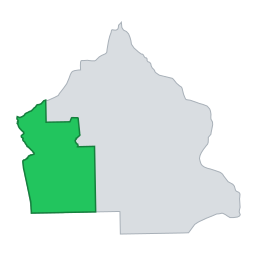 North-West highlighted on a map of Botswana, rotated 269°
{"feature_id": "BWA-2629", "entity_name": "North-West", "entity_type": "District", "adm_level": 1, "iso_a3": "BWA", "parent_name": "Botswana", "parent_adm1": "", "projection": "mercator", "projection_center": [23.629, -19.391], "detail": "fine", "context": "in_parent", "style": "filled", "palette": "green", "viewbox_px": 256, "rotation_deg": 269, "n_neighbors": 0, "source": "natural_earth", "source_scale": "10m", "svg_char_len": 5588}
<svg xmlns="http://www.w3.org/2000/svg" viewBox="0 0 256 256"><g transform="rotate(269 128 128)"><path d="M141.3,17.5L140.8,18.6L140.5,20.4L140.9,21.6L141.8,23.3L143.1,24.8L144.1,25.7L145.3,27.9L146.5,30.7L148.0,32.9L152.6,37.8L153.1,39.6L153.7,41.3L156.6,44.7L157.1,45.8L156.9,48.1L159.8,55.0L161.8,59.0L163.4,59.8L168.7,64.1L173.3,67.5L178.7,69.9L182.6,71.4L184.6,72.5L185.6,73.6L186.3,75.7L186.8,79.3L186.9,81.6L191.1,81.5L194.6,81.7L195.9,82.2L196.3,82.9L196.2,84.4L196.3,86.7L196.4,88.6L196.1,90.5L195.8,92.9L195.7,95.7L196.2,96.9L199.6,100.5L201.0,102.9L202.5,106.5L203.4,107.6L204.1,108.1L207.2,108.5L215.1,110.0L220.0,111.3L223.9,112.8L225.5,113.1L226.3,113.5L226.5,113.9L226.0,117.0L226.2,118.0L226.6,118.9L227.3,119.6L228.1,120.0L231.0,120.4L232.8,122.3L233.9,123.2L228.6,123.6L226.0,125.2L224.5,128.1L222.1,130.2L218.8,131.5L215.4,132.4L211.7,132.9L207.9,135.4L203.8,139.8L201.7,142.6L201.6,143.7L200.7,144.7L198.9,145.5L197.9,146.5L197.7,147.7L196.7,148.3L195.1,148.2L193.9,149.1L193.3,150.8L191.8,151.9L189.6,152.3L187.6,153.3L186.0,154.9L184.7,155.7L183.9,155.8L182.5,157.1L180.3,160.2L179.9,161.6L176.8,173.4L175.2,174.8L171.9,177.3L169.3,180.2L168.2,181.9L167.0,182.7L160.9,184.1L158.7,184.9L156.0,186.0L155.3,187.0L154.7,190.7L152.8,195.9L151.3,199.8L150.3,203.2L148.6,207.4L147.1,208.8L145.4,210.1L143.2,210.8L140.2,211.2L137.5,211.0L135.4,211.1L132.5,212.6L129.7,212.7L125.4,211.8L121.9,211.0L120.3,210.8L117.2,208.1L115.2,208.1L112.2,207.9L110.5,207.3L108.9,205.9L105.4,203.1L102.1,200.9L99.1,199.5L96.3,198.9L93.6,199.5L91.6,200.1L90.8,200.4L89.2,201.5L87.6,203.7L86.2,207.1L85.7,209.2L84.2,213.7L82.2,219.1L81.2,220.6L80.1,221.8L78.4,222.8L72.6,227.1L69.8,231.9L68.0,233.3L65.8,233.9L64.0,234.4L62.9,235.2L61.8,237.6L60.8,238.5L59.7,238.8L56.5,238.5L55.4,238.3L46.8,238.7L44.1,238.0L42.2,237.7L39.3,238.7L38.1,238.0L37.1,236.0L36.6,231.9L36.7,228.4L38.3,225.8L39.7,223.9L41.0,221.4L41.2,220.3L40.9,219.3L40.6,217.3L40.5,215.2L38.6,210.6L36.3,204.5L33.3,197.8L32.3,195.9L30.4,193.0L23.2,187.5L22.2,186.7L22.2,186.1L22.1,180.7L22.1,173.6L22.1,166.6L22.1,159.5L22.1,152.4L22.1,145.4L22.1,138.4L22.1,131.4L22.1,124.4L22.1,118.5L27.2,118.5L33.6,118.5L41.2,118.5L44.5,118.5L44.7,117.5L44.7,113.2L44.7,103.3L44.7,93.4L44.6,83.6L44.6,73.8L44.6,64.0L44.6,54.2L44.6,44.5L44.6,34.7L44.6,29.9L50.4,29.7L57.1,28.7L68.0,27.1L78.1,25.1L84.7,24.0L92.5,22.6L95.2,22.4L96.0,22.5L97.0,23.0L100.7,27.9L102.9,31.5L103.4,33.1L103.8,33.3L104.9,33.0L106.1,32.4L109.8,28.8L110.6,27.8L112.9,26.0L115.8,24.2L118.4,22.9L121.0,21.8L122.2,22.1L123.6,23.0L124.8,23.6L130.7,19.2L133.4,18.1L140.3,17.3L141.3,17.5Z" fill="#d9dde1" stroke="#a8b0b8" stroke-width="1"/><path d="M141.3,17.5L140.4,19.5L140.4,20.2L140.5,20.7L141.2,22.4L142.1,24.0L142.7,24.7L143.5,25.1L144.2,25.7L144.6,26.5L145.4,28.4L146.1,29.6L146.3,30.0L146.5,31.0L146.6,31.4L146.9,31.8L148.4,33.4L149.2,34.0L149.5,34.3L150.5,35.8L151.2,36.4L152.1,36.8L152.6,37.3L152.9,38.2L153.0,39.9L153.8,41.7L156.7,44.3L157.3,46.2L157.2,46.2L135.4,46.2L135.2,46.2L135.2,70.0L135.3,70.1L139.1,71.7L139.2,71.9L139.3,72.1L139.1,77.7L139.0,78.0L138.9,78.2L138.7,78.3L124.2,79.5L123.7,79.5L123.2,79.5L122.4,79.7L121.9,79.8L121.4,79.6L121.0,79.2L120.4,78.2L119.5,77.5L119.2,77.2L118.6,75.9L118.3,75.9L118.0,76.1L117.6,75.9L117.0,75.3L116.7,75.1L116.4,74.9L116.2,74.9L116.0,75.0L115.7,75.1L114.8,75.3L114.6,75.4L114.2,75.8L113.9,75.9L113.7,76.0L113.3,76.2L112.8,76.8L112.8,77.0L112.8,77.3L111.4,77.7L111.1,77.7L110.8,77.6L110.2,77.2L110.1,77.7L110.2,94.2L45.2,94.2L44.7,94.2L44.7,91.2L44.7,88.2L44.7,85.2L44.7,82.1L44.7,79.1L44.7,78.5L44.7,76.1L44.7,73.1L44.7,70.1L44.7,67.1L44.7,64.1L44.6,61.1L44.6,58.1L44.6,55.1L44.6,52.2L44.6,50.3L44.6,49.2L44.6,46.2L44.6,45.2L44.6,44.2L44.6,43.3L44.6,42.3L44.6,41.3L44.6,40.3L44.6,39.4L44.6,38.4L44.6,37.4L44.6,36.5L44.6,35.5L44.6,34.5L44.6,33.5L44.6,32.6L44.6,31.6L44.6,30.6L44.6,29.9L45.0,29.9L45.7,29.9L47.0,29.9L48.2,29.8L49.5,29.7L50.8,29.7L51.9,29.6L52.9,29.6L54.0,29.6L55.0,29.5L55.5,29.5L55.9,29.5L56.3,29.4L56.7,29.3L57.0,29.3L57.4,29.2L59.3,28.8L61.2,28.4L63.1,28.1L65.0,27.7L67.0,27.3L68.9,26.9L70.8,26.6L72.7,26.2L74.6,25.8L76.5,25.5L78.4,25.1L80.3,24.7L82.2,24.3L84.1,24.0L86.0,23.6L87.9,23.2L89.9,22.8L92.5,22.6L94.5,22.4L96.0,22.3L96.9,22.3L97.2,22.5L97.3,22.6L97.3,22.8L97.3,23.1L97.6,23.3L97.8,23.3L97.8,24.0L98.1,24.6L98.4,25.2L99.1,26.0L99.2,26.4L99.2,26.8L99.3,27.0L99.5,27.1L100.0,26.8L100.3,27.1L100.6,27.5L100.8,27.7L101.1,27.8L101.4,27.9L101.6,28.0L101.7,28.3L101.8,28.5L102.1,28.7L102.2,29.0L102.0,29.3L102.7,30.1L102.9,30.6L102.6,31.1L102.8,31.5L103.2,32.5L103.4,33.5L103.7,33.7L104.1,33.7L104.9,33.4L105.0,33.4L105.6,32.6L106.1,32.5L106.4,32.3L108.6,30.0L108.9,29.9L109.2,29.6L109.6,29.0L109.9,28.8L110.5,28.3L110.9,28.0L111.0,27.1L111.7,26.6L111.9,26.6L112.0,26.6L112.3,26.6L112.4,26.4L112.7,26.2L113.3,26.0L113.5,25.8L114.1,25.2L114.3,25.1L115.1,24.9L115.9,24.4L117.0,23.1L117.8,22.7L118.2,22.6L118.7,22.7L119.0,22.7L119.3,22.9L119.5,23.0L119.8,22.8L120.4,21.7L120.8,21.3L121.1,21.2L121.9,21.2L122.4,21.3L122.6,21.6L123.0,22.3L123.2,22.5L123.4,22.6L123.5,22.7L123.5,23.1L124.3,23.8L124.6,23.7L125.6,23.6L125.8,23.6L125.9,23.4L126.2,23.0L126.3,22.9L127.5,21.5L127.8,21.2L128.6,20.7L129.2,19.9L129.3,19.8L129.5,19.7L129.9,19.6L130.1,19.5L130.2,19.2L130.4,19.1L130.8,19.0L131.4,18.6L131.8,18.5L132.2,18.4L133.9,17.9L134.0,17.8L134.2,17.6L134.3,17.5L134.4,17.3L134.6,17.3L134.5,17.6L134.7,17.8L134.9,18.0L135.0,18.1L135.4,18.0L135.6,18.2L135.9,18.2L136.5,17.8L136.7,18.3L137.4,18.3L138.1,17.9L138.9,17.2L139.8,17.2L141.3,17.5Z" fill="#22c55e" stroke="#15803d" stroke-width="1.5"/></g></svg>